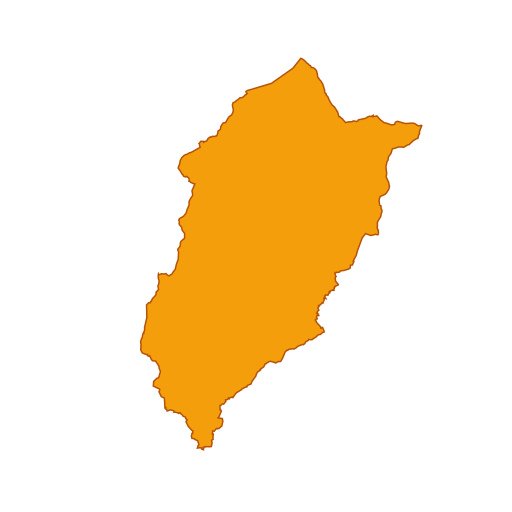 the district of Tiha Bargaului, Bistrita-Nasaud, Romania, rotated 292°
{"feature_id": "2599482B23596270309682", "entity_name": "Tiha Bargaului", "entity_type": "district", "adm_level": 2, "iso_a3": "ROU", "parent_name": "Romania", "parent_adm1": "Bistrita-Nasaud", "projection": "natural_earth1", "projection_center": [24.915, 47.238], "detail": "fine", "context": "isolated", "style": "filled", "palette": "amber", "viewbox_px": 512, "rotation_deg": 292, "n_neighbors": 0, "source": "geoboundaries", "source_scale": "gbopen_adm2", "svg_char_len": 6081}
<svg xmlns="http://www.w3.org/2000/svg" viewBox="0 0 512 512"><g transform="rotate(292 256 256)"><path d="M62.6,286.0L66.6,285.2L67.8,284.1L69.1,284.1L69.8,284.9L72.7,283.7L74.7,283.3L75.0,282.9L74.7,282.2L77.5,281.4L77.9,282.9L80.4,283.6L81.6,284.5L81.3,285.0L82.1,286.1L85.5,288.0L90.3,287.2L92.7,285.7L91.7,281.5L93.5,281.9L99.3,282.0L99.9,280.9L100.4,280.7L100.1,280.1L103.9,278.6L104.3,279.4L105.7,279.8L106.4,280.7L106.6,281.5L109.9,282.5L111.1,281.6L112.0,283.1L114.0,283.7L113.3,284.5L113.5,284.8L114.7,284.9L116.5,286.9L116.1,287.6L120.9,288.7L122.0,289.2L126.7,292.7L127.5,292.8L130.1,295.0L131.4,296.7L132.4,296.4L132.9,296.6L135.4,299.3L137.9,299.2L144.5,300.8L147.6,300.6L149.6,301.2L151.2,302.5L152.3,302.9L152.6,302.4L156.0,304.7L159.3,304.9L159.9,305.7L160.6,305.9L163.2,307.9L163.9,309.3L164.3,313.1L164.1,314.2L166.4,316.2L167.4,318.3L170.9,318.9L177.9,319.0L180.2,319.9L180.3,320.7L181.9,321.5L183.5,324.4L183.9,326.0L186.0,327.7L188.1,328.7L191.5,332.4L191.5,333.1L193.0,334.0L195.1,334.3L197.3,336.1L198.5,336.2L198.8,338.2L199.9,339.8L201.1,340.1L202.7,341.6L206.3,343.3L207.4,345.1L210.1,346.5L211.2,347.8L214.7,344.5L214.6,344.1L214.2,344.1L213.3,343.2L214.7,342.1L217.1,337.0L218.1,336.3L218.6,335.1L218.9,334.9L220.1,335.4L220.6,336.3L221.0,336.2L221.9,335.0L223.5,334.8L224.3,336.4L225.0,335.2L225.5,335.5L225.8,333.6L226.6,334.0L227.5,333.7L229.3,334.6L231.0,332.8L232.7,333.4L233.4,332.5L233.9,333.0L233.7,333.2L235.1,334.1L237.3,334.8L237.3,335.7L241.2,335.6L241.9,334.9L242.5,334.8L242.7,336.8L244.4,334.7L246.2,335.3L246.3,336.6L246.6,337.4L249.1,337.4L249.4,338.2L250.4,338.1L250.7,337.4L252.7,339.3L253.0,340.6L253.3,341.0L253.6,340.3L254.8,340.9L255.6,340.4L256.3,340.8L257.2,340.4L259.8,343.0L260.4,343.0L262.5,339.2L265.0,337.8L266.2,337.6L267.1,337.9L267.2,337.3L268.5,336.5L269.2,335.7L270.4,335.6L270.5,336.5L271.2,337.0L271.6,338.4L272.8,339.7L273.8,339.9L275.5,342.9L278.8,347.0L280.1,347.8L282.9,347.1L283.8,348.8L287.7,348.8L287.8,348.0L294.3,348.7L298.7,348.1L311.4,347.7L312.9,347.8L317.8,349.2L318.0,354.3L318.3,355.2L320.9,358.7L321.1,360.4L321.5,361.2L323.1,361.0L325.8,359.7L326.0,359.0L328.1,357.5L329.5,357.3L332.7,355.9L337.0,356.4L339.0,356.9L342.4,356.2L343.9,356.3L345.8,355.5L346.8,354.2L349.3,353.1L349.4,351.9L350.0,351.3L353.4,349.4L355.9,348.8L357.8,349.0L361.6,352.6L363.6,353.4L367.8,354.1L370.5,353.7L371.5,353.2L372.1,352.4L373.6,351.7L378.5,346.7L380.0,346.7L382.0,346.0L387.2,343.1L392.5,342.1L394.5,342.5L397.3,341.7L401.7,342.7L406.5,342.3L407.9,344.4L410.5,347.3L411.7,350.4L411.9,351.9L412.4,352.4L416.0,355.2L416.6,356.2L421.8,358.6L424.7,360.7L425.7,362.0L429.4,361.5L430.8,361.8L432.4,361.0L439.0,360.8L439.0,360.1L437.9,358.7L437.5,357.7L438.3,353.0L437.6,350.7L435.1,345.6L434.6,343.9L433.9,336.7L432.3,335.1L430.0,335.3L428.3,332.6L428.1,327.9L427.6,324.7L429.1,319.7L431.2,315.6L429.0,312.4L430.3,311.9L428.5,310.6L428.2,309.0L426.5,307.1L424.9,306.3L420.6,299.9L419.4,299.8L418.4,298.9L418.0,296.4L417.4,295.3L416.8,295.1L416.2,294.2L414.9,291.3L413.3,289.2L414.7,286.0L415.6,284.8L415.7,283.6L416.6,281.6L416.2,280.7L420.2,277.7L420.3,277.0L420.8,276.8L423.5,273.0L424.6,269.8L427.6,265.9L430.7,262.8L431.5,260.8L432.1,260.7L432.9,259.9L433.2,258.7L433.8,258.2L435.5,257.5L440.4,253.5L442.7,250.4L443.3,248.8L444.5,247.4L444.7,246.4L447.4,244.9L450.4,242.7L451.4,241.0L451.9,239.4L451.9,237.8L451.5,236.8L452.9,235.1L452.8,234.1L453.8,231.9L454.0,230.5L454.9,229.1L455.9,226.1L456.1,223.8L456.1,223.5L443.9,219.9L421.8,205.6L406.1,185.9L404.8,185.0L403.7,185.9L403.5,186.9L402.5,186.7L400.9,185.4L399.3,185.0L397.6,183.7L396.5,181.7L394.1,180.7L392.8,179.6L391.2,178.9L389.4,177.3L387.0,177.6L383.1,180.2L380.5,180.8L377.3,180.5L376.7,179.8L374.3,178.6L368.9,177.9L367.9,177.4L367.7,176.6L366.8,175.6L363.1,174.9L360.0,175.5L357.6,174.0L354.0,174.7L353.2,174.5L352.3,174.2L352.1,173.5L351.2,172.7L350.8,170.9L349.4,170.0L349.4,169.1L347.2,167.6L344.0,167.1L343.0,165.6L341.8,165.0L342.6,164.0L342.1,163.3L341.8,162.0L338.9,161.0L338.5,161.7L337.0,162.5L335.9,163.6L327.5,156.8L326.7,155.6L324.4,153.9L323.7,152.8L322.2,151.6L319.5,150.4L316.1,150.0L313.0,150.7L309.4,150.7L308.2,151.0L306.4,154.1L304.3,156.6L303.9,158.0L303.2,158.4L302.7,159.6L303.0,161.3L303.8,161.7L303.3,163.8L302.9,164.7L301.8,165.5L300.2,165.8L300.4,166.6L299.8,167.7L299.7,171.5L299.9,172.3L292.5,172.2L289.3,174.2L288.0,174.6L285.6,173.9L281.6,173.5L278.0,174.9L273.8,174.7L269.6,175.1L265.6,173.9L262.0,171.0L260.2,171.0L259.6,171.9L257.4,172.5L256.2,173.4L255.1,175.9L252.2,178.0L250.2,181.3L246.0,183.0L245.2,183.1L244.6,182.4L241.3,180.9L240.1,180.9L236.7,182.0L232.8,180.9L230.3,182.9L223.7,185.1L218.5,185.3L213.3,186.1L210.0,185.1L207.8,184.8L205.0,182.7L205.0,181.5L206.0,179.0L204.8,177.5L204.2,175.1L202.3,173.2L202.2,172.8L202.9,172.2L202.6,172.2L199.0,173.6L196.6,175.5L193.5,176.3L191.6,176.2L188.4,178.2L185.1,176.9L184.9,177.3L181.9,177.6L177.6,175.9L174.9,175.9L174.7,175.5L172.9,175.4L172.8,174.4L172.4,174.0L169.7,172.8L158.2,177.8L147.7,179.5L146.3,180.3L143.8,180.6L143.1,180.3L142.4,181.0L141.9,180.4L140.7,180.4L137.5,181.1L136.8,180.8L133.2,181.1L130.6,182.7L125.8,184.3L123.5,186.9L123.5,190.9L124.0,192.2L123.1,192.7L123.3,193.0L122.9,193.6L123.0,194.5L123.6,194.8L121.8,196.9L121.3,197.1L120.1,199.2L120.9,202.3L117.6,207.1L115.3,208.5L113.3,210.5L112.2,210.9L110.6,210.8L108.3,211.3L106.3,211.1L105.6,209.9L101.4,208.1L96.9,209.5L96.5,216.5L95.6,217.0L93.8,216.9L90.1,220.9L90.0,224.2L81.5,228.3L81.8,229.2L81.4,229.4L80.6,229.0L79.6,231.6L79.1,231.7L79.6,232.5L80.6,233.3L81.5,235.1L81.6,237.1L81.4,238.1L81.2,238.6L80.5,238.5L80.9,239.1L81.3,242.2L81.0,243.1L81.9,243.6L82.2,244.6L81.6,244.8L81.4,246.4L80.1,248.6L80.3,250.3L80.0,251.1L79.4,251.3L78.7,252.2L78.3,253.6L76.2,253.1L72.7,257.0L70.4,261.6L70.2,263.0L67.8,263.7L67.6,263.1L64.6,263.6L62.9,264.9L63.4,267.0L63.0,268.1L62.9,271.1L59.6,273.8L58.6,273.3L55.9,273.6L57.2,275.6L57.1,276.0L57.9,277.7L56.6,278.0L56.7,279.9L59.4,279.2L60.0,280.6L60.3,280.5L61.8,284.5L62.6,286.0Z" fill="#f59e0b" stroke="#b45309" stroke-width="1.5"/></g></svg>